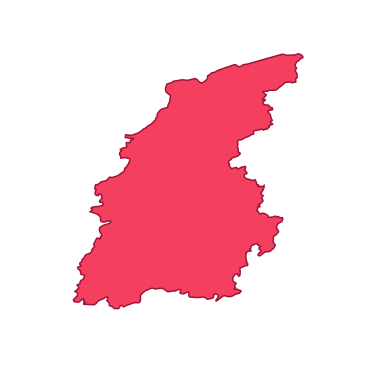 Nizhegorod, Robinson projection, rotated 344°
{"feature_id": "RUS-2357", "entity_name": "Nizhegorod", "entity_type": "Region", "adm_level": 1, "iso_a3": "RUS", "parent_name": "Russia", "parent_adm1": "", "projection": "robinson", "projection_center": [44.77, 56.28], "detail": "fine", "context": "isolated", "style": "filled", "palette": "rose", "viewbox_px": 384, "rotation_deg": 344, "n_neighbors": 0, "source": "natural_earth", "source_scale": "10m", "svg_char_len": 6024}
<svg xmlns="http://www.w3.org/2000/svg" viewBox="0 0 384 384"><g transform="rotate(344 192 192)"><path d="M239.9,272.1L238.4,271.5L238.1,270.9L238.1,270.5L239.2,269.4L242.2,267.8L242.2,267.1L240.7,265.4L241.1,264.0L242.8,263.5L242.7,263.0L241.8,261.8L240.7,261.5L240.4,259.6L239.2,259.3L234.1,260.1L233.5,260.7L233.2,262.0L231.7,262.8L232.7,264.7L232.5,264.9L228.5,264.5L227.7,265.2L226.1,268.1L225.9,269.9L225.3,272.1L225.6,273.5L224.9,274.8L225.8,276.0L225.4,277.6L224.7,278.0L223.0,277.6L217.3,278.3L216.7,279.5L216.4,281.8L215.4,284.5L214.9,285.5L214.3,285.9L213.4,285.5L213.1,283.3L212.1,283.0L210.3,283.2L207.4,285.8L206.8,288.8L207.5,290.0L209.2,291.7L208.8,292.4L207.3,293.4L207.3,295.9L205.8,296.9L206.2,297.4L208.6,297.8L210.6,299.7L211.9,300.5L211.2,301.4L209.8,302.3L205.6,302.3L201.3,303.3L197.9,302.6L194.8,300.6L193.2,300.5L185.6,303.5L185.0,303.1L185.3,302.5L187.6,300.8L188.6,299.3L188.4,297.9L187.1,296.7L186.1,296.5L184.6,297.0L183.4,299.3L182.7,299.7L177.3,299.3L174.3,296.1L167.8,294.9L160.9,292.3L160.4,291.5L160.3,290.2L161.4,288.2L161.3,287.5L160.4,287.0L156.1,287.5L153.4,286.7L153.0,286.4L152.7,285.5L154.2,283.0L153.5,282.3L151.3,282.1L149.1,282.5L145.4,281.7L142.6,281.5L140.9,280.9L137.5,276.8L135.9,276.0L129.8,275.0L127.7,273.6L126.3,273.3L119.5,274.2L114.6,276.5L113.7,278.1L112.7,281.6L111.8,283.2L111.1,283.6L110.0,283.7L106.2,282.5L98.4,282.9L94.8,283.5L94.4,283.4L93.4,281.8L92.4,281.6L91.3,281.9L89.9,283.5L88.5,283.7L85.2,282.6L83.9,280.5L81.3,278.3L81.8,275.9L80.2,272.9L82.1,270.5L82.2,270.2L81.7,269.8L79.7,269.4L78.2,270.0L72.6,270.7L71.4,271.0L68.8,272.9L66.8,273.4L57.0,270.1L57.0,269.4L59.0,268.8L58.9,268.4L57.6,267.4L58.4,265.5L58.2,264.8L57.2,264.8L53.2,266.5L51.7,266.4L49.1,265.3L48.6,264.9L48.2,263.3L48.3,262.8L52.6,260.5L53.3,259.7L54.1,258.4L54.1,257.6L52.1,255.4L56.8,253.1L56.9,252.0L55.8,249.9L56.8,249.4L59.1,249.4L59.8,247.2L60.6,246.6L62.8,246.0L63.7,245.4L65.7,243.0L65.7,242.0L63.3,241.2L62.6,240.6L62.8,237.1L62.7,236.4L61.4,234.8L61.4,232.8L65.1,232.5L65.0,231.5L64.1,230.6L64.6,229.4L67.1,228.3L67.7,226.5L69.1,226.2L72.3,223.2L78.0,222.5L78.6,222.1L80.0,219.7L83.2,217.8L83.0,215.2L87.6,210.3L89.0,210.3L90.3,211.8L90.9,211.7L91.6,210.0L93.4,208.6L93.3,207.1L92.6,205.8L92.5,203.0L93.1,201.3L93.7,200.7L97.3,199.6L103.7,199.4L105.7,198.4L105.6,197.5L104.4,196.8L99.5,196.7L97.4,196.0L96.5,195.2L96.2,193.8L97.0,191.6L96.8,190.0L94.4,186.8L88.6,182.9L91.2,181.6L91.5,181.1L90.8,180.5L90.5,179.8L91.1,179.3L93.7,179.2L99.1,180.3L101.9,180.2L102.8,179.8L103.4,178.0L103.2,177.2L100.9,176.7L100.4,176.0L101.1,174.8L104.1,172.9L103.8,171.6L104.1,170.6L104.0,169.3L103.8,168.9L102.6,169.1L101.7,168.6L100.7,169.6L99.0,168.7L98.4,167.7L98.7,165.7L100.5,163.2L99.5,162.2L99.5,161.8L100.6,159.5L101.5,158.5L104.0,158.8L107.7,157.1L111.0,157.5L113.9,156.9L116.6,155.1L117.5,155.2L119.2,156.1L125.0,155.9L132.8,153.1L133.9,150.6L136.3,149.7L137.0,148.6L138.9,147.4L139.1,146.6L140.9,144.7L141.4,143.8L141.1,142.8L139.2,141.7L138.3,140.7L132.9,139.8L133.3,138.5L132.8,136.1L132.9,135.3L133.8,133.9L135.7,133.2L134.7,131.6L134.8,131.3L137.5,130.7L141.4,130.9L141.9,130.2L141.9,127.8L142.4,126.6L143.7,126.6L145.8,127.6L146.5,127.1L146.8,125.7L147.2,125.1L149.3,125.4L150.2,124.9L150.2,124.3L142.9,121.3L143.9,118.7L149.5,120.9L156.6,120.4L159.8,119.5L162.4,118.2L165.7,117.5L167.3,116.5L171.3,115.6L176.6,112.6L177.9,110.7L179.3,110.1L180.2,107.3L183.9,104.6L186.0,103.9L192.0,104.0L192.8,102.0L195.4,98.9L198.0,93.3L195.5,90.1L194.6,88.3L195.0,85.1L197.2,81.9L197.9,81.3L203.1,81.3L204.0,80.5L205.2,80.5L213.5,81.4L218.4,83.4L226.3,83.8L227.7,84.9L229.0,87.6L231.1,89.9L233.3,89.6L237.2,88.0L238.1,87.2L239.1,84.6L241.9,83.9L243.7,82.9L247.1,83.1L250.5,82.2L267.9,81.3L269.3,82.0L271.4,84.4L272.8,84.7L274.5,84.5L276.4,83.7L280.1,84.3L316.0,84.4L317.6,84.7L320.6,86.7L328.8,88.6L332.1,88.4L334.3,89.8L335.5,91.3L335.8,92.6L335.5,93.5L332.9,93.9L330.9,95.1L328.4,95.8L326.3,98.0L326.0,100.0L326.7,101.6L325.0,103.5L324.7,104.4L325.5,107.0L325.0,109.5L324.4,111.4L323.3,111.4L322.8,112.0L322.1,114.9L318.0,114.5L316.7,113.3L312.0,112.4L301.4,117.0L299.7,117.0L294.7,115.6L291.8,116.0L289.2,114.9L287.7,115.3L288.8,117.0L289.1,118.2L290.0,118.5L290.1,119.0L289.8,119.6L287.8,120.9L285.5,121.6L285.3,122.8L285.5,123.2L287.3,123.0L287.9,123.7L287.3,124.2L284.9,125.0L284.6,125.8L285.3,127.7L287.4,128.9L289.5,129.6L290.8,132.5L292.5,133.3L292.1,135.1L287.7,134.8L287.3,135.1L287.3,136.8L288.2,138.1L288.6,139.4L288.4,142.8L288.9,145.2L288.3,145.8L287.0,146.1L286.4,146.6L286.8,147.5L288.3,148.7L288.1,149.2L284.3,149.5L284.2,151.0L281.1,152.3L279.6,151.7L278.0,152.3L276.9,151.0L268.4,150.3L267.6,150.8L267.4,153.1L266.9,153.4L264.9,153.2L262.9,153.9L257.0,154.6L254.2,155.4L251.7,155.0L250.4,155.2L249.5,156.8L249.4,158.6L248.1,160.8L248.3,163.5L247.5,166.4L248.9,167.7L248.8,168.7L245.8,170.1L240.0,170.3L238.3,171.6L236.2,172.2L235.5,172.9L235.2,174.1L235.8,175.6L234.8,176.7L235.9,179.1L236.0,180.1L236.4,180.4L241.6,180.6L241.8,180.8L241.9,182.3L242.5,182.7L246.7,181.7L248.4,182.1L249.5,181.8L250.2,182.1L250.3,183.3L248.9,185.4L249.9,188.1L250.0,189.2L246.6,190.0L246.7,192.9L248.4,194.4L252.4,196.9L254.0,197.7L256.0,197.6L256.6,200.4L256.1,202.4L257.7,203.4L257.0,204.7L257.3,205.3L259.1,205.1L260.4,206.2L263.2,205.7L262.3,207.7L260.7,209.8L257.7,212.4L258.6,214.3L259.4,215.1L257.2,217.4L257.8,219.0L257.9,219.8L257.5,220.5L253.8,222.4L252.4,222.5L253.5,224.6L253.1,225.0L251.4,224.6L250.8,224.9L250.5,226.2L249.2,227.9L250.0,228.8L251.0,231.3L251.9,232.1L253.7,231.7L255.9,232.7L258.5,235.5L258.4,237.0L258.9,237.6L263.4,238.4L264.9,238.0L266.9,239.3L268.2,239.3L268.9,240.5L269.9,241.2L271.4,241.4L271.8,241.7L271.9,242.4L271.8,243.1L270.2,245.2L267.6,245.6L265.5,246.5L263.9,248.2L263.3,250.4L264.1,252.2L264.3,253.9L264.0,254.4L262.5,255.2L261.6,256.2L259.0,256.8L258.0,257.6L256.4,261.8L256.5,263.9L257.4,265.4L257.3,266.2L255.0,268.6L250.6,270.5L248.5,270.4L246.9,269.8L244.4,270.2L239.9,272.1Z" fill="#f43f5e" stroke="#9f1239" stroke-width="1.5"/></g></svg>